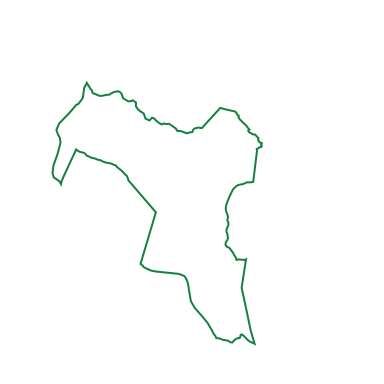 Lago da Pedra, Maranhão, Brazil, rotated 135°
{"feature_id": "56859067B74680935890891", "entity_name": "Lago da Pedra", "entity_type": "district", "adm_level": 2, "iso_a3": "BRA", "parent_name": "Brazil", "parent_adm1": "Maranhão", "projection": "robinson", "projection_center": [-45.211, -4.719], "detail": "fine", "context": "isolated", "style": "outline", "palette": "green", "viewbox_px": 384, "rotation_deg": 135, "n_neighbors": 0, "source": "geoboundaries", "source_scale": "gbopen_adm2", "svg_char_len": 2880}
<svg xmlns="http://www.w3.org/2000/svg" viewBox="0 0 384 384"><g transform="rotate(135 192 192)"><path d="M255.1,40.4L247.8,53.6L241.8,62.7L232.1,77.5L230.7,79.7L224.6,89.2L201.4,106.2L202.7,106.6L204.5,108.7L206.3,111.0L208.5,112.5L207.3,114.8L207.0,116.6L206.6,118.4L205.9,120.1L205.5,123.6L205.1,125.0L205.3,126.7L206.1,128.8L205.7,130.9L203.9,132.4L201.6,132.9L199.2,133.8L197.9,135.8L196.8,137.2L195.6,139.7L194.1,141.1L191.9,142.1L190.5,142.4L189.3,143.2L187.8,144.7L187.2,146.8L185.8,147.9L184.3,148.7L182.9,151.1L181.7,153.9L179.9,156.4L177.3,158.4L174.4,159.9L169.4,162.0L164.7,163.7L160.6,165.0L155.6,164.7L153.3,163.6L150.4,161.6L146.2,159.9L143.6,157.3L141.5,155.9L118.8,173.7L117.0,175.1L115.8,176.7L114.4,176.1L112.5,175.8L111.2,174.8L109.9,175.3L109.6,176.8L108.1,177.2L109.1,179.4L108.5,182.1L106.9,183.1L107.0,185.6L106.7,187.8L108.3,189.9L108.5,191.4L109.4,194.0L108.9,195.6L107.2,195.5L107.2,197.2L106.7,200.2L106.7,202.2L106.9,204.3L106.8,206.8L106.9,209.2L106.4,211.9L105.2,212.6L105.2,214.6L104.6,216.7L104.6,218.4L109.3,225.8L112.6,231.5L139.9,230.2L142.1,233.3L145.8,235.3L147.9,235.0L149.3,234.1L151.3,235.6L154.0,237.1L154.8,238.5L156.2,241.8L157.6,243.8L159.3,245.9L158.5,248.1L159.3,253.2L160.1,256.6L162.2,258.3L163.7,260.6L165.6,261.1L166.6,264.5L166.6,266.2L167.0,267.8L166.7,270.2L167.6,272.7L169.5,272.8L171.4,272.6L173.0,276.8L170.6,281.7L171.6,286.0L171.7,288.9L171.1,292.2L168.3,295.0L169.0,298.7L170.6,299.2L172.9,301.1L173.9,304.8L174.4,307.2L172.3,311.3L172.3,314.1L173.2,315.5L176.2,317.8L179.6,318.9L181.8,319.4L183.6,321.0L187.4,323.5L189.5,325.4L190.9,329.2L192.3,332.1L190.9,334.6L190.9,336.4L189.2,343.6L192.3,342.4L194.1,342.2L202.5,335.8L204.0,335.5L210.3,334.6L212.0,335.5L222.7,334.6L237.3,334.4L244.0,331.8L246.1,327.5L247.3,323.4L250.2,319.8L260.1,314.0L271.2,308.7L277.4,303.9L279.4,300.1L278.6,295.9L278.2,293.2L279.0,290.2L277.4,291.4L275.4,292.3L271.7,293.8L243.8,304.0L243.6,301.8L243.0,299.9L241.9,298.0L241.0,296.6L240.5,294.9L240.6,293.3L240.6,291.5L239.8,290.2L239.1,287.8L238.2,286.1L236.8,284.0L235.7,281.3L234.1,279.0L233.6,276.9L231.7,273.0L229.5,270.0L228.6,268.2L228.1,266.6L227.0,264.5L227.4,263.0L227.2,261.5L227.1,259.9L226.8,258.0L226.7,254.9L226.9,251.9L226.6,250.3L227.0,248.7L227.6,247.1L228.7,245.3L231.9,203.2L245.9,195.6L263.4,186.1L274.0,180.4L279.2,177.6L278.9,174.8L279.3,173.0L276.8,165.9L274.0,161.6L263.1,148.2L259.3,143.5L257.8,140.3L256.8,137.7L257.8,133.6L259.1,131.1L260.3,129.2L261.0,128.0L262.9,125.6L270.0,115.6L272.0,108.3L272.7,97.5L272.9,95.2L273.5,88.7L275.8,79.8L276.9,76.7L277.3,73.5L278.1,71.5L276.4,69.4L275.4,67.5L274.7,65.7L271.6,61.3L271.2,58.8L270.0,57.1L267.5,57.3L264.9,57.1L263.0,56.2L261.4,55.1L260.0,55.6L258.8,56.5L257.5,56.1L257.2,54.5L257.1,52.2L257.3,49.7L257.2,47.9L256.9,45.3L256.2,43.4L255.6,42.0L255.1,40.4Z" fill="none" stroke="#15803d" stroke-width="2"/></g></svg>